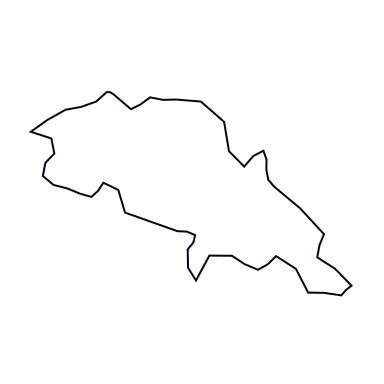 SVG path tracing the border of Ialoveni, rotated 183°
{"feature_id": "MDA-1640", "entity_name": "Ialoveni", "entity_type": "District", "adm_level": 1, "iso_a3": "MDA", "parent_name": "Moldova", "parent_adm1": "", "projection": "natural_earth1", "projection_center": [28.789, 46.926], "detail": "fine", "context": "isolated", "style": "outline", "palette": "ink", "viewbox_px": 384, "rotation_deg": 183, "n_neighbors": 0, "source": "natural_earth", "source_scale": "10m", "svg_char_len": 872}
<svg xmlns="http://www.w3.org/2000/svg" viewBox="0 0 384 384"><g transform="rotate(183 192 192)"><path d="M122.8,236.9L119.3,228.4L118.9,218.2L116.5,208.2L110.3,201.7L83.1,181.3L58.0,156.8L61.9,145.6L63.5,133.3L45.1,122.8L27.8,106.8L33.2,102.1L37.5,96.6L55.1,98.2L70.7,97.6L84.2,120.7L104.7,132.4L112.4,123.9L122.0,117.8L135.7,122.7L148.8,130.4L171.3,129.4L183.4,103.9L192.0,116.2L193.3,134.5L188.0,141.6L186.6,149.1L195.1,152.2L204.5,152.1L257.8,167.9L265.7,190.2L281.0,196.6L286.0,188.0L292.3,181.8L304.1,184.6L316.7,189.0L330.6,191.8L341.8,200.2L339.9,213.5L331.5,223.2L335.2,238.1L356.2,243.7L339.9,256.6L322.6,267.5L307.1,271.2L292.4,277.3L282.3,287.4L278.7,287.3L275.3,285.3L257.3,271.5L248.1,276.7L238.8,284.3L225.7,282.5L212.7,283.5L187.9,282.8L163.6,263.7L157.2,234.7L141.2,220.1L132.6,231.2L122.8,236.9Z" fill="none" stroke="#020617" stroke-width="2"/></g></svg>